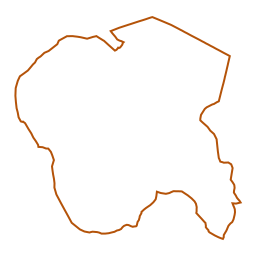 outline of San Andrés Tenejapan, Veracruz, Mexico
{"feature_id": "50627088B12638306818283", "entity_name": "San Andrés Tenejapan", "entity_type": "district", "adm_level": 2, "iso_a3": "MEX", "parent_name": "Mexico", "parent_adm1": "Veracruz", "projection": "robinson", "projection_center": [-97.088, 18.772], "detail": "fine", "context": "isolated", "style": "outline", "palette": "amber", "viewbox_px": 256, "rotation_deg": 0, "n_neighbors": 0, "source": "geoboundaries", "source_scale": "gbopen_adm2", "svg_char_len": 3745}
<svg xmlns="http://www.w3.org/2000/svg" viewBox="0 0 256 256"><path d="M218.8,101.3L221.7,89.7L223.1,84.4L223.3,83.8L224.3,79.7L224.5,78.9L225.0,76.5L225.2,75.9L226.5,70.4L226.9,68.6L227.8,64.8L228.0,63.8L229.7,56.5L229.8,56.1L229.6,56.0L228.6,55.4L223.8,52.9L220.7,51.2L218.1,49.8L216.9,49.2L215.4,48.4L213.1,47.1L210.7,45.9L208.2,44.5L205.8,43.3L204.3,42.4L204.1,42.3L202.1,41.3L200.3,40.3L199.0,39.6L196.3,38.2L194.0,37.0L191.3,35.6L188.9,34.3L186.9,33.2L184.9,32.2L181.5,30.3L180.6,29.9L179.7,29.4L178.4,28.7L175.9,27.4L171.5,25.1L170.4,24.6L164.0,21.9L158.5,19.6L152.4,17.1L151.2,17.4L148.7,18.2L145.8,19.2L143.0,20.1L139.4,21.2L136.6,22.1L130.2,24.2L129.2,24.5L125.2,25.8L119.1,27.8L113.0,30.2L110.7,31.1L112.2,33.1L113.3,34.4L115.2,36.6L116.2,38.0L117.2,39.4L119.5,40.6L121.3,41.1L123.6,42.2L123.5,42.3L123.2,42.4L122.7,42.5L122.7,43.5L122.2,44.8L120.6,46.9L120.2,47.3L119.8,47.7L118.4,48.1L118.1,47.8L117.9,48.1L116.5,49.8L114.9,50.6L108.6,45.0L104.0,40.8L102.9,40.2L101.8,39.5L98.7,37.6L96.4,36.1L95.3,36.4L93.0,36.9L91.1,37.5L87.1,38.7L83.2,37.8L81.0,37.3L79.9,37.1L77.4,36.7L74.0,36.3L72.6,36.1L70.4,36.1L69.4,36.2L66.9,36.2L66.4,36.5L59.8,40.1L58.8,40.7L57.3,44.2L56.4,44.9L48.6,51.0L44.4,52.8L40.6,56.4L39.7,57.0L38.7,57.6L36.8,59.1L35.0,62.5L34.5,63.0L33.0,64.4L30.7,67.2L27.9,70.5L23.4,73.8L19.9,76.3L17.8,80.8L16.2,86.3L15.7,88.1L15.4,95.8L15.9,102.0L16.6,108.2L17.7,112.3L18.6,117.3L20.8,121.4L22.4,121.9L23.0,121.6L25.1,123.2L28.6,129.2L31.3,133.4L32.4,135.7L33.4,137.7L35.8,141.1L38.1,144.9L38.4,146.9L42.6,147.2L46.0,148.5L48.3,148.6L50.9,151.9L52.3,155.4L53.9,160.1L52.0,166.4L52.5,170.3L53.1,174.4L54.0,179.1L54.5,183.2L54.4,187.6L56.4,194.5L58.8,199.0L60.8,202.8L65.0,210.5L65.9,212.1L68.1,216.1L71.7,222.8L79.9,229.4L84.4,231.5L89.5,232.5L90.8,232.1L92.5,231.7L94.9,231.9L97.2,232.1L99.2,232.6L101.5,233.6L103.8,233.6L105.2,233.6L108.8,233.2L111.5,232.5L114.5,231.8L116.9,230.5L119.1,230.0L121.1,229.0L122.5,227.2L124.0,225.9L125.4,225.3L126.8,224.8L128.7,225.1L131.0,226.2L132.9,226.8L133.4,226.6L134.9,226.4L136.0,226.3L136.7,225.7L137.6,221.9L138.9,220.0L139.3,218.4L139.6,217.6L139.6,217.0L139.8,216.1L140.9,214.1L141.3,213.5L141.5,212.4L141.5,211.9L142.9,210.6L144.2,209.4L145.0,208.8L146.0,208.0L148.8,206.1L150.3,205.1L150.7,204.7L152.8,202.8L153.5,202.1L155.6,199.4L155.7,199.2L156.1,197.4L156.4,195.9L156.5,195.0L156.9,191.7L160.7,193.0L163.2,193.4L165.9,193.8L169.1,193.1L170.3,192.6L170.8,192.3L173.4,191.2L179.2,191.3L181.8,191.4L186.8,194.7L187.6,195.2L191.6,198.4L192.5,199.3L194.6,201.4L195.3,202.7L195.9,203.6L196.7,207.1L196.6,209.0L196.6,209.4L196.6,211.4L196.3,213.0L200.8,217.9L201.1,218.2L204.6,222.1L205.4,222.8L205.9,225.8L205.8,227.1L206.5,228.1L207.0,228.7L208.4,230.2L208.6,231.4L209.4,232.3L214.2,235.1L214.7,235.4L218.4,237.2L220.6,238.1L222.9,238.9L223.7,237.3L223.8,235.0L226.3,230.8L226.9,229.5L227.5,228.0L228.5,225.7L230.4,223.5L232.2,222.1L233.5,219.4L234.6,214.9L235.0,212.2L234.8,209.2L234.0,207.0L233.6,206.2L232.5,203.3L236.0,203.6L240.6,202.5L239.4,200.6L238.1,199.2L236.9,197.7L236.5,196.9L235.8,195.5L234.6,193.7L233.9,192.6L234.0,190.9L234.6,187.9L234.3,185.1L234.0,184.5L233.9,184.3L233.4,183.5L232.3,181.8L230.7,179.7L231.4,175.4L232.6,168.1L232.5,167.7L231.2,164.3L229.4,163.2L228.3,162.5L223.8,162.7L222.8,162.3L220.3,161.6L219.5,159.5L218.8,158.0L218.5,155.8L218.2,153.7L217.9,151.6L217.3,146.0L216.6,139.2L214.0,134.0L212.9,133.0L210.2,130.6L209.4,129.4L207.6,126.9L206.6,126.0L204.0,123.7L203.3,123.1L201.0,121.0L200.3,120.3L200.3,119.0L200.4,118.2L201.0,114.9L202.0,113.3L202.2,113.0L203.9,110.3L204.8,108.9L206.7,107.3L208.9,106.2L211.2,105.0L212.4,104.4L213.9,104.0L215.7,102.9L217.2,102.0L218.0,101.7L218.8,101.3Z" fill="none" stroke="#b45309" stroke-width="2"/></svg>